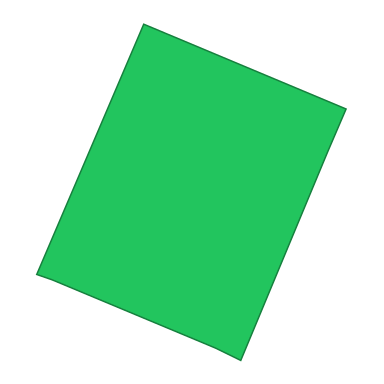 outline of Hayes, Nebraska, United States of America, rotated 113°
{"feature_id": "52423323B94723190981294", "entity_name": "Hayes", "entity_type": "district", "adm_level": 2, "iso_a3": "USA", "parent_name": "United States of America", "parent_adm1": "Nebraska", "projection": "equal_earth", "projection_center": [-101.069, 40.525], "detail": "fine", "context": "isolated", "style": "filled", "palette": "green", "viewbox_px": 384, "rotation_deg": 113, "n_neighbors": 0, "source": "geoboundaries", "source_scale": "gbopen_adm2", "svg_char_len": 272}
<svg xmlns="http://www.w3.org/2000/svg" viewBox="0 0 384 384"><g transform="rotate(113 192 192)"><path d="M102.2,82.8L55.4,82.6L56.4,302.0L65.7,302.0L328.6,302.7L327.5,286.5L326.5,109.4L328.0,81.3L102.2,82.8Z" fill="#22c55e" stroke="#15803d" stroke-width="1.5"/></g></svg>